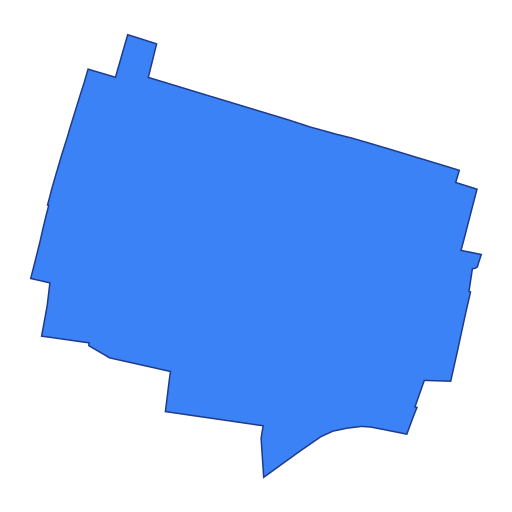 the district of Cezieni, Olt, Romania
{"feature_id": "2599482B37595312342711", "entity_name": "Cezieni", "entity_type": "district", "adm_level": 2, "iso_a3": "ROU", "parent_name": "Romania", "parent_adm1": "Olt", "projection": "albers", "projection_center": [24.269, 44.184], "detail": "fine", "context": "isolated", "style": "filled", "palette": "blue", "viewbox_px": 512, "rotation_deg": 0, "n_neighbors": 0, "source": "geoboundaries", "source_scale": "gbopen_adm2", "svg_char_len": 1358}
<svg xmlns="http://www.w3.org/2000/svg" viewBox="0 0 512 512"><path d="M381.7,429.2L382.1,429.2L383.6,429.5L390.3,430.9L394.1,431.6L406.8,434.2L413.6,415.8L417.0,407.4L415.0,406.8L423.6,382.4L424.3,380.4L450.7,381.2L457.0,353.1L463.8,321.7L465.5,313.9L470.5,292.0L469.0,291.1L472.4,268.7L474.9,268.4L475.5,268.1L477.4,266.8L478.3,263.7L481.3,254.5L461.0,250.4L463.4,241.6L473.7,201.8L477.0,189.2L459.6,183.7L455.7,182.5L457.8,175.4L459.1,171.0L459.3,170.3L458.7,170.1L450.7,167.7L423.8,159.5L418.0,157.8L392.7,150.1L376.9,145.4L351.2,137.9L346.7,136.8L341.2,135.4L336.2,134.2L310.2,127.0L288.8,120.0L206.8,95.2L148.3,77.4L156.6,43.9L154.8,43.3L127.7,34.7L120.4,60.0L118.7,66.1L118.0,68.2L115.5,77.3L94.3,71.0L88.1,69.1L84.9,80.0L84.1,82.9L81.5,90.9L81.0,92.4L72.7,119.2L70.7,125.6L66.5,139.8L61.5,155.5L59.9,161.0L56.1,173.9L51.5,189.8L49.6,197.4L47.5,205.0L48.7,205.5L46.5,213.9L43.5,226.2L40.0,241.6L35.4,260.1L30.7,278.5L49.9,282.9L47.2,305.6L41.6,336.2L46.3,336.8L84.2,342.2L89.1,342.8L88.9,344.2L88.8,345.5L89.0,345.8L93.8,348.6L109.7,357.9L170.5,371.5L169.4,379.1L165.4,411.6L213.7,418.6L263.2,425.8L262.0,432.7L261.9,433.2L261.1,438.4L263.7,477.3L283.6,462.9L291.7,457.1L294.3,455.2L299.7,451.3L320.8,436.7L332.3,431.4L333.1,431.1L347.0,428.2L361.6,426.4L371.2,427.1L377.3,428.3L381.7,429.2Z" fill="#3b82f6" stroke="#1e3a8a" stroke-width="1.5"/></svg>